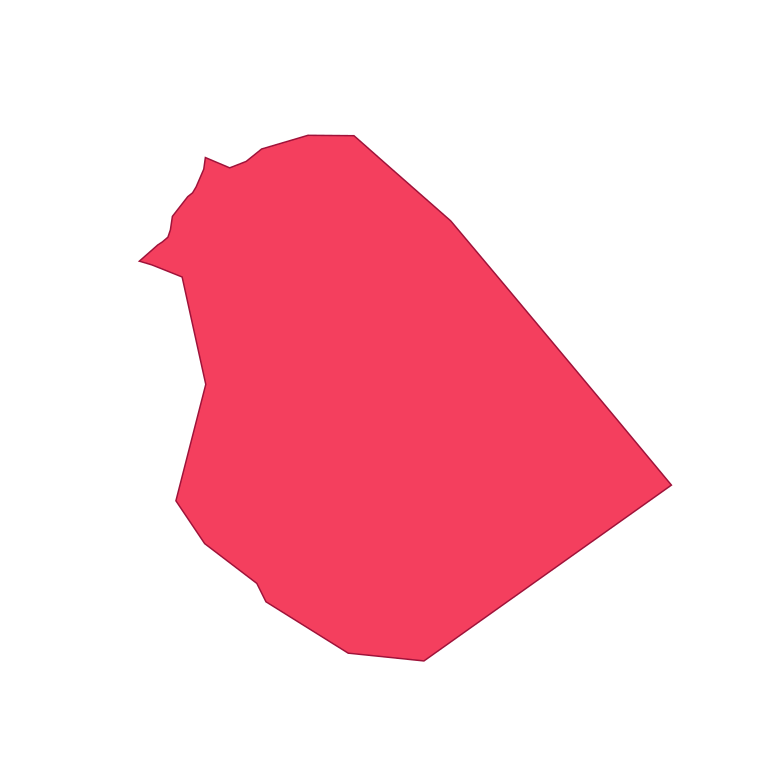 the border of Ash Sharqiyah North, rotated 250°
{"feature_id": "OMN-5496", "entity_name": "Ash Sharqiyah North", "entity_type": "Region", "adm_level": 1, "iso_a3": "OMN", "parent_name": "Oman", "parent_adm1": "", "projection": "albers", "projection_center": [59.003, 22.366], "detail": "fine", "context": "isolated", "style": "filled", "palette": "rose", "viewbox_px": 768, "rotation_deg": 250, "n_neighbors": 0, "source": "natural_earth", "source_scale": "10m", "svg_char_len": 567}
<svg xmlns="http://www.w3.org/2000/svg" viewBox="0 0 768 768"><g transform="rotate(250 384 384)"><path d="M583.1,196.1L592.1,219.1L593.3,224.3L595.9,231.2L601.9,236.0L613.9,242.5L627.2,263.7L629.1,269.5L633.5,274.9L647.5,288.1L657.9,293.6L639.9,312.9L640.3,330.6L646.7,349.4L643.7,397.6L627.6,440.7L586.6,463.0L514.4,502.5L440.0,529.6L361.6,558.0L276.9,588.6L190.7,619.5L110.1,326.8L143.3,258.3L219.7,198.6L240.1,196.3L295.3,160.9L345.4,148.5L444.6,216.4L553.6,230.9L575.4,206.5L583.1,196.1L583.1,196.1Z" fill="#f43f5e" stroke="#9f1239" stroke-width="1.5"/></g></svg>